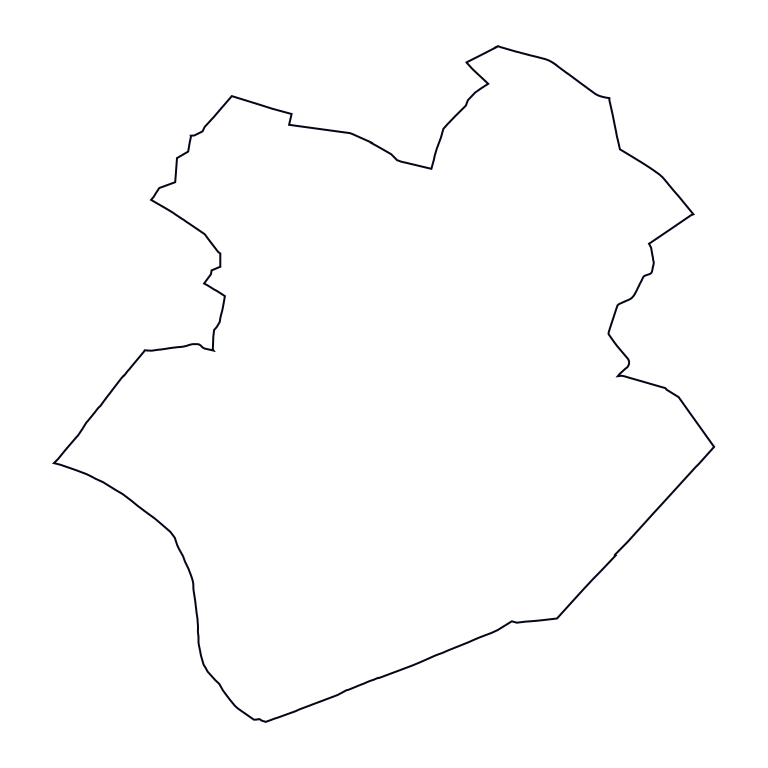 outline of Vīpes pag., Krustpils, Latvia
{"feature_id": "27541924B97352892903431", "entity_name": "Vīpes pag.", "entity_type": "district", "adm_level": 2, "iso_a3": "LVA", "parent_name": "Latvia", "parent_adm1": "Krustpils", "projection": "natural_earth1", "projection_center": [26.114, 56.47], "detail": "fine", "context": "isolated", "style": "outline", "palette": "ink", "viewbox_px": 768, "rotation_deg": 0, "n_neighbors": 0, "source": "geoboundaries", "source_scale": "gbopen_adm2", "svg_char_len": 5566}
<svg xmlns="http://www.w3.org/2000/svg" viewBox="0 0 768 768"><path d="M53.9,463.1L60.2,464.7L69.0,467.7L75.8,470.1L86.7,474.2L91.2,476.4L95.6,478.8L103.1,482.2L115.6,490.0L122.7,494.1L131.9,501.1L137.5,505.7L144.6,511.1L154.9,518.6L162.2,524.8L170.5,532.0L174.8,537.8L177.2,545.1L178.9,548.8L183.0,556.1L185.0,561.6L188.4,568.6L191.4,576.5L192.6,580.3L193.3,583.9L193.4,589.0L193.7,591.1L195.2,600.9L196.6,613.0L197.4,618.3L198.0,626.3L197.9,632.0L198.5,636.7L198.5,642.6L199.1,646.2L200.2,651.3L200.9,655.3L202.8,662.0L203.7,664.9L205.7,668.0L207.6,671.6L212.1,676.6L215.3,680.2L219.2,683.8L223.0,690.5L226.1,694.7L229.8,699.6L234.9,705.8L238.0,708.6L250.2,717.1L253.8,719.6L254.2,719.7L255.2,719.7L256.5,719.5L256.8,719.6L257.6,719.3L258.0,719.3L258.3,719.4L258.7,719.2L259.1,719.1L260.4,719.5L261.1,720.3L262.4,720.9L264.1,721.3L265.7,721.9L274.7,718.6L275.6,718.3L277.6,717.7L286.9,714.3L295.8,711.1L298.9,709.6L309.5,705.6L313.7,704.0L324.9,699.8L332.6,696.9L337.6,695.0L346.3,690.3L348.7,689.7L353.1,687.9L358.4,685.7L361.6,684.4L363.9,683.6L366.0,682.6L370.1,680.9L372.6,680.1L374.5,679.4L378.2,677.8L378.7,678.1L388.1,674.6L396.9,671.3L412.1,665.6L419.6,662.5L434.9,655.7L439.0,654.1L442.0,653.1L449.3,649.9L467.9,642.5L474.2,639.7L479.4,637.5L488.3,634.1L491.3,633.0L497.6,630.1L511.8,621.3L516.8,622.7L520.9,622.2L524.2,621.8L524.7,621.7L531.8,621.2L535.1,620.9L535.5,620.9L541.3,620.3L548.3,619.5L557.0,618.5L562.5,612.4L576.0,597.5L585.4,587.2L586.1,586.5L589.0,583.4L592.1,580.0L602.0,569.9L608.9,562.6L615.6,555.5L615.0,555.3L614.8,555.0L615.8,553.9L620.1,549.5L621.9,547.7L627.7,541.8L653.0,513.8L654.1,512.6L663.3,502.6L695.8,466.9L698.4,464.4L714.1,446.9L710.6,442.0L707.1,437.1L701.2,428.8L690.4,413.7L678.7,397.2L676.5,395.8L666.6,389.7L665.4,388.1L662.8,387.4L653.1,384.6L646.9,382.8L628.4,377.5L625.9,376.7L623.8,376.2L622.7,375.9L621.3,375.8L618.6,376.1L617.8,376.2L619.6,374.0L625.4,368.7L627.4,367.2L628.1,366.1L628.6,365.1L629.0,364.2L629.1,362.5L629.1,361.5L628.3,359.3L627.3,358.1L617.0,345.9L614.0,341.9L608.6,334.2L608.7,332.2L610.3,327.2L616.4,308.6L617.5,305.4L619.0,304.1L625.6,301.1L629.2,299.6L631.4,298.3L633.2,296.4L634.1,295.2L635.8,292.2L637.5,288.8L639.8,284.0L641.5,280.8L642.6,278.4L643.4,276.9L644.1,276.1L645.0,275.7L646.2,275.2L647.7,274.7L649.3,274.2L650.4,273.7L651.5,272.7L651.9,271.7L652.3,270.2L652.7,268.2L653.0,266.3L653.4,265.3L653.8,262.6L653.6,261.3L653.2,260.1L652.9,257.5L652.4,255.2L651.1,247.7L649.2,244.1L649.0,243.7L649.4,243.5L664.5,233.3L681.7,221.6L691.2,215.1L693.4,214.3L679.0,196.7L676.2,193.5L673.4,190.3L670.7,187.0L667.9,183.7L667.5,183.0L667.3,182.8L667.1,182.6L666.8,182.2L666.5,181.9L666.3,181.7L665.7,181.0L665.2,180.3L664.6,179.6L664.2,179.2L663.9,178.8L663.3,178.2L662.9,177.7L662.7,177.4L662.5,177.2L662.4,177.1L662.1,176.9L659.7,174.7L657.5,173.1L651.1,168.6L646.2,165.4L641.5,162.4L625.4,152.6L619.9,149.3L618.2,141.6L617.6,139.1L616.9,136.4L616.1,131.8L615.3,128.0L614.5,124.1L613.6,119.5L612.6,114.5L610.7,106.0L609.3,99.8L609.4,99.6L609.4,98.1L608.0,97.9L606.6,97.7L604.0,97.2L602.9,96.9L601.6,96.6L600.1,96.1L598.8,95.7L597.9,95.3L596.9,94.8L595.3,93.9L593.9,92.9L580.0,82.7L567.5,73.4L567.4,73.5L554.4,63.8L554.1,63.6L554.3,63.6L554.0,63.4L552.6,62.5L551.0,61.6L549.9,61.0L548.6,60.4L547.4,59.9L545.2,59.1L543.2,58.6L537.2,57.0L529.7,55.2L517.3,51.9L516.7,51.8L502.6,47.7L501.9,47.5L500.7,47.2L499.1,46.6L498.1,46.1L497.7,46.3L497.3,46.5L495.6,47.3L495.9,47.5L492.9,49.0L479.8,55.7L477.0,57.1L466.5,62.4L466.6,62.6L472.6,69.2L477.4,73.7L488.2,83.8L481.5,88.1L475.3,92.4L467.9,100.2L465.9,105.6L455.3,116.1L447.5,124.2L443.4,128.8L440.7,138.4L440.4,139.0L436.6,149.2L436.4,150.0L434.6,156.1L434.0,159.3L431.4,168.8L429.2,168.3L413.3,164.5L410.3,163.8L406.7,162.9L402.9,162.1L400.7,161.5L399.9,161.2L399.5,161.0L397.1,160.2L391.2,154.2L377.0,146.1L371.2,142.9L371.5,142.6L352.1,133.9L349.8,133.1L341.6,132.0L296.9,125.9L289.1,124.8L291.6,114.0L272.5,108.8L259.6,104.7L231.8,96.1L227.6,101.0L220.4,109.3L218.1,112.0L214.0,116.8L204.8,126.8L204.3,127.6L203.8,128.8L202.5,131.4L197.3,134.0L194.2,135.5L190.7,135.7L190.9,137.0L189.8,142.0L189.0,146.6L188.9,147.3L188.2,151.5L187.8,151.8L177.0,158.1L176.3,167.6L175.7,175.7L175.2,182.2L165.1,185.9L162.1,187.0L159.3,188.0L155.8,193.3L153.8,196.7L151.1,199.9L156.1,202.8L166.3,208.7L173.1,212.8L175.2,214.3L182.4,219.1L183.8,219.9L185.8,221.4L190.6,224.6L199.7,230.8L204.7,234.2L205.7,235.5L207.7,238.3L218.1,251.9L220.3,253.5L220.3,266.5L220.3,266.8L219.9,266.9L211.6,270.4L210.9,274.3L204.1,283.5L208.3,285.8L213.6,289.2L216.8,290.9L224.9,296.1L223.4,304.7L223.2,305.6L222.7,308.4L222.0,311.6L221.6,312.8L220.4,317.7L219.7,322.1L216.6,327.2L214.1,330.0L214.0,330.9L213.3,337.1L213.1,342.7L212.8,349.4L213.6,350.6L209.9,349.7L208.3,349.4L207.2,349.1L205.3,348.7L204.6,348.5L203.8,348.2L203.5,348.0L203.2,347.8L202.2,347.1L200.7,345.5L199.8,344.9L198.9,344.4L197.9,344.2L195.9,344.1L193.0,344.1L191.8,344.3L190.3,344.7L188.9,345.0L187.5,345.6L183.9,346.5L183.1,346.6L181.5,346.9L179.4,347.0L176.5,347.3L170.0,348.1L165.8,348.8L163.0,349.2L161.9,349.4L158.7,349.7L156.4,350.0L153.1,350.5L151.6,350.7L149.6,350.6L147.1,350.5L144.7,350.3L143.9,351.7L142.3,353.6L130.7,367.5L129.3,369.3L127.8,370.9L126.5,372.5L125.6,373.8L124.7,374.9L124.0,375.7L123.7,375.6L121.1,378.6L112.5,389.8L111.3,391.4L108.7,394.8L107.8,395.9L104.8,399.9L102.5,403.0L102.3,403.3L101.4,404.6L100.6,405.7L98.0,408.2L94.8,412.4L87.7,421.1L86.4,422.5L82.5,428.8L77.8,435.8L76.8,436.7L64.4,451.2L58.1,459.0L53.9,463.1Z" fill="none" stroke="#020617" stroke-width="2"/></svg>